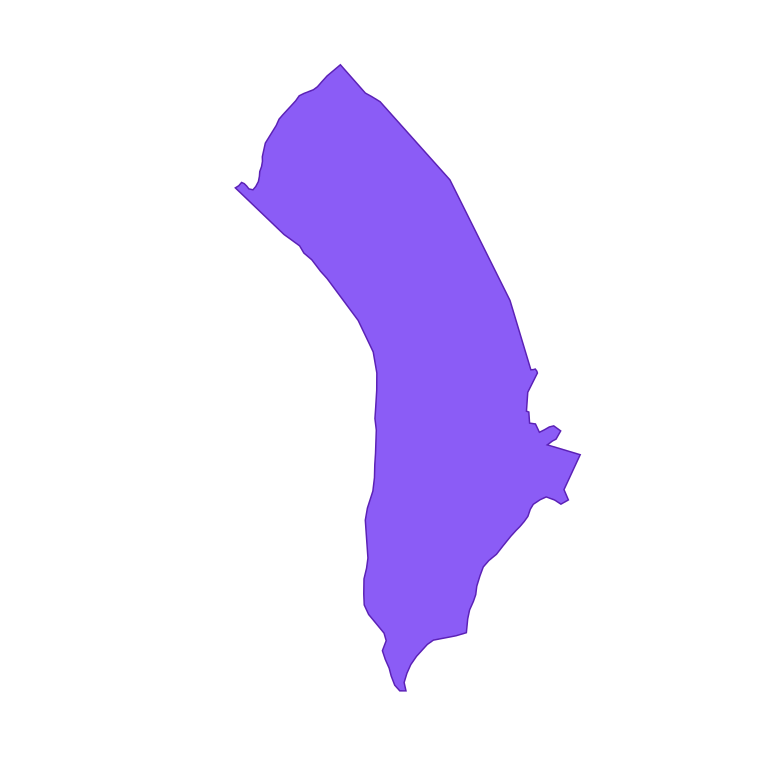 Pontian, Johor, Malaysia (orthographic projection), rotated 24°
{"feature_id": "92858781B61162443163986", "entity_name": "Pontian", "entity_type": "district", "adm_level": 2, "iso_a3": "MYS", "parent_name": "Malaysia", "parent_adm1": "Johor", "projection": "orthographic", "projection_center": [103.414, 1.514], "detail": "fine", "context": "isolated", "style": "filled", "palette": "violet", "viewbox_px": 768, "rotation_deg": 24, "n_neighbors": 0, "source": "geoboundaries", "source_scale": "gbopen_adm2", "svg_char_len": 1598}
<svg xmlns="http://www.w3.org/2000/svg" viewBox="0 0 768 768"><g transform="rotate(24 384 384)"><path d="M168.4,265.3L231.9,288.1L250.7,292.1L257.6,297.0L267.5,299.9L280.3,306.9L289.1,310.8L334.5,336.4L361.1,359.1L373.0,376.9L379.9,392.7L385.8,408.4L389.8,419.3L395.7,429.2L404.5,450.9L408.5,461.7L413.4,473.5L417.4,486.4L419.3,504.1L422.3,516.0L440.1,549.5L443.0,559.4L445.0,570.2L450.9,584.0L455.8,593.9L463.7,600.8L473.6,605.7L485.4,611.6L490.4,617.6L491.0,628.3L497.3,635.2L504.3,641.5L509.3,647.8L516.3,654.8L523.2,657.9L528.9,655.4L523.8,648.5L522.6,639.0L522.6,629.5L524.5,619.4L529.5,604.3L533.3,597.9L539.6,593.5L547.8,587.8L552.2,584.7L560.4,577.7L556.0,564.5L554.1,555.6L554.1,546.2L553.5,539.2L551.0,531.0L549.7,520.3L549.1,510.8L551.6,502.6L556.0,493.8L558.5,483.7L561.7,471.7L564.2,464.1L566.1,459.1L568.0,452.7L569.3,446.4L568.6,438.9L569.3,433.2L573.7,426.2L578.1,421.2L586.9,420.6L594.5,421.8L599.6,414.9L591.4,407.3L592.0,368.8L557.9,373.2L561.1,367.5L563.6,364.4L564.5,355.0L556.1,353.2L552.5,356.0L548.9,360.9L545.6,364.9L538.6,358.9L532.9,360.5L527.7,350.7L525.2,350.9L518.7,333.1L519.7,311.6L518.4,310.1L516.1,308.8L514.6,310.1L512.4,311.3L465.1,256.4L361.2,170.7L265.6,127.7L255.6,126.4L248.6,125.8L214.3,110.1L206.7,125.7L204.3,133.0L202.3,139.5L199.8,143.9L192.6,151.2L189.3,155.2L188.1,161.3L182.1,179.1L180.4,184.7L180.4,191.6L177.6,212.2L180.4,225.9L182.4,230.0L183.7,235.2L184.1,240.5L185.7,244.9L186.9,250.2L186.5,255.8L185.3,259.9L181.2,260.7L178.0,259.0L174.8,257.8L171.9,257.8L170.7,261.9L168.4,265.3Z" fill="#8b5cf6" stroke="#5b21b6" stroke-width="1.5"/></g></svg>